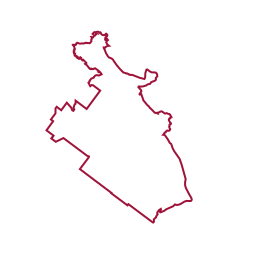 the district of Darwin, Northern Territory, Australia, rotated 127°
{"feature_id": "25037944B80188408210929", "entity_name": "Darwin", "entity_type": "district", "adm_level": 2, "iso_a3": "AUS", "parent_name": "Australia", "parent_adm1": "Northern Territory", "projection": "equal_earth", "projection_center": [130.84, -12.399], "detail": "fine", "context": "isolated", "style": "outline", "palette": "rose", "viewbox_px": 256, "rotation_deg": 127, "n_neighbors": 0, "source": "geoboundaries", "source_scale": "gbopen_adm2", "svg_char_len": 5424}
<svg xmlns="http://www.w3.org/2000/svg" viewBox="0 0 256 256"><g transform="rotate(127 128 128)"><path d="M188.5,51.4L188.2,50.9L187.2,50.9L185.4,52.4L182.4,51.8L181.7,52.3L179.1,52.4L178.4,53.5L177.7,53.8L174.9,53.8L172.9,53.1L173.3,52.6L175.7,52.1L175.9,51.5L175.6,51.1L172.1,49.1L170.0,48.6L163.2,44.8L160.8,44.5L160.5,43.3L159.5,42.1L158.4,41.1L156.6,40.1L152.8,38.6L151.1,37.5L148.7,34.1L148.2,33.8L147.3,33.8L146.7,34.1L145.7,35.4L144.3,38.9L141.0,45.8L139.4,47.9L136.9,49.8L134.1,51.2L125.2,62.8L121.6,68.2L118.8,76.9L117.5,79.8L114.8,83.8L114.7,85.8L113.1,89.4L111.7,93.7L111.6,94.7L112.2,95.8L111.6,95.7L110.6,95.9L109.6,95.9L109.2,95.4L108.9,95.3L108.5,95.6L108.0,95.6L107.7,95.5L107.4,95.3L107.1,95.2L106.7,95.3L106.4,95.1L106.1,94.7L105.7,93.8L105.4,93.5L105.2,93.4L103.9,93.4L103.7,93.6L103.5,93.8L103.4,93.8L103.3,94.1L103.0,94.8L102.3,95.8L102.1,96.0L101.9,96.0L101.6,96.0L101.4,96.2L100.9,96.3L100.4,96.8L100.0,96.6L99.7,96.7L99.4,96.3L99.0,96.2L98.7,96.3L98.7,96.6L98.3,97.0L98.5,97.4L98.4,97.6L98.0,98.2L97.6,99.2L97.1,100.1L96.7,100.3L96.6,100.5L96.4,100.6L96.1,100.5L95.4,100.7L95.1,100.6L94.8,100.0L94.6,100.0L94.3,100.0L93.4,100.5L93.1,100.2L93.0,100.6L92.8,100.7L92.6,101.6L92.0,102.3L92.0,102.8L92.1,103.6L92.5,104.3L92.7,105.6L92.9,106.0L93.1,106.3L93.5,106.5L94.0,106.9L94.3,107.4L94.3,107.8L94.3,109.7L94.4,109.9L94.3,110.6L94.4,111.0L94.5,111.2L95.4,112.0L96.0,112.3L96.4,112.4L96.8,112.7L97.0,112.7L97.6,112.9L97.9,113.3L98.1,113.7L98.4,114.1L98.7,114.2L98.8,113.9L98.9,114.3L99.5,115.4L99.7,115.9L99.3,118.2L99.1,119.3L99.0,120.5L98.7,122.1L98.8,122.7L98.2,124.2L98.2,125.1L98.1,125.7L98.1,126.3L96.7,132.2L93.0,137.7L94.2,138.7L94.0,139.2L90.6,139.4L89.8,140.7L89.4,142.9L89.1,144.3L88.6,144.4L88.1,144.2L87.5,143.0L85.7,141.0L83.3,139.2L81.5,138.6L80.4,137.8L79.4,136.9L77.5,137.1L73.9,134.9L72.6,134.8L71.3,135.9L69.1,135.7L67.7,137.0L67.1,138.3L67.1,139.4L69.3,142.6L69.7,144.6L69.6,147.7L70.3,148.4L73.7,147.2L77.3,144.7L79.0,144.4L80.9,149.0L83.1,156.8L84.3,158.1L84.3,159.0L84.5,159.2L84.7,159.3L84.7,159.6L84.7,160.1L84.8,160.7L84.9,161.4L85.1,161.8L85.4,162.0L85.6,162.3L85.7,163.4L86.0,164.1L86.3,164.5L86.4,164.9L86.3,166.7L86.3,167.0L86.1,167.1L86.1,167.3L86.1,167.5L85.9,168.6L85.9,168.8L85.5,171.2L85.0,172.8L84.9,173.7L84.4,175.5L83.8,177.4L83.5,178.1L83.5,178.5L83.1,179.6L82.5,181.0L82.4,181.5L82.4,182.6L82.5,183.7L83.1,185.5L82.9,187.0L82.1,189.0L81.6,190.3L79.5,193.8L78.7,195.4L78.6,195.5L78.3,195.8L78.0,195.2L77.5,194.6L76.8,194.7L76.3,194.5L76.0,194.3L75.2,193.9L74.8,193.8L73.8,192.7L73.8,192.8L74.0,193.1L73.8,193.5L73.7,194.9L73.4,195.4L73.4,195.8L73.1,196.1L72.6,197.0L72.3,197.0L71.8,197.2L71.5,197.2L71.0,197.3L70.3,197.3L70.1,197.3L70.0,196.9L69.9,196.9L69.9,197.4L69.7,197.7L69.5,197.9L69.4,198.4L69.3,198.8L69.6,198.8L69.7,198.2L70.0,197.7L71.1,197.6L71.2,197.9L71.2,198.6L71.3,199.0L71.2,199.1L71.2,199.4L71.1,199.5L70.9,199.7L69.4,200.5L68.8,200.5L67.8,200.3L67.3,200.0L66.9,200.0L66.6,200.1L66.1,200.6L66.1,200.8L65.8,201.6L65.8,202.2L66.0,202.3L66.8,202.4L67.5,202.3L68.6,203.5L69.0,204.2L69.1,204.8L69.0,205.7L68.9,206.4L68.8,206.7L68.3,207.1L68.2,207.6L68.3,207.9L68.7,208.3L69.3,208.4L69.0,209.0L69.0,209.5L69.2,209.9L69.4,210.2L70.5,211.2L71.2,211.6L71.4,212.2L71.8,212.6L72.6,212.8L74.1,212.9L74.1,212.6L73.2,212.7L72.4,212.6L72.0,212.4L71.7,212.3L71.5,211.9L71.4,211.7L71.5,210.3L71.6,210.5L71.7,210.3L72.2,210.2L72.4,209.9L72.7,209.9L72.8,209.9L73.0,210.2L73.6,210.2L73.8,210.0L74.0,210.0L74.6,210.8L74.7,210.6L75.7,210.6L76.4,210.4L76.8,210.5L77.1,210.6L77.4,210.9L77.3,211.2L77.4,211.3L77.2,212.0L77.3,212.1L77.5,211.4L77.6,211.1L77.9,211.1L79.3,210.3L79.8,210.4L80.9,209.4L81.8,209.4L82.2,209.5L82.6,209.4L82.8,209.6L83.4,209.7L83.5,209.8L84.6,211.8L84.9,211.9L85.0,212.1L85.2,212.4L85.3,213.0L85.5,213.3L86.2,213.5L86.6,213.9L87.1,214.2L87.3,214.5L87.6,214.7L87.8,215.2L88.5,216.1L89.5,217.0L90.0,218.1L90.3,219.5L90.5,219.9L90.7,220.0L91.3,220.1L91.6,220.0L92.4,220.1L92.7,219.7L93.1,219.8L93.5,220.1L93.7,220.4L94.5,222.0L94.9,222.1L95.1,221.4L95.2,220.5L95.1,220.3L95.5,219.9L96.7,218.2L96.9,218.4L97.2,218.2L97.3,218.3L98.6,217.4L98.8,217.9L99.0,217.8L99.6,217.4L99.9,216.9L100.2,216.9L100.9,216.0L100.4,215.1L101.8,214.6L101.8,214.1L102.2,214.0L102.1,212.6L101.6,212.7L101.5,211.8L102.0,211.7L101.8,210.9L102.5,210.9L102.3,209.0L102.0,209.0L102.0,208.7L100.2,208.7L100.2,208.1L100.3,207.5L101.0,207.6L101.4,205.1L100.5,204.9L101.1,200.4L101.4,200.3L102.6,200.8L102.6,198.7L103.7,194.3L102.9,193.6L103.5,194.0L103.5,193.8L103.4,193.3L103.2,193.3L102.7,193.0L102.8,192.4L102.1,191.8L102.1,191.5L101.7,191.1L101.1,190.9L100.9,190.6L100.3,190.4L100.1,190.2L100.0,186.6L100.1,185.2L100.2,184.9L100.7,184.9L101.0,185.1L101.0,184.9L100.9,184.9L100.2,184.9L100.1,184.7L100.5,182.7L101.0,181.4L103.6,182.8L104.0,183.8L105.0,185.2L106.3,185.8L107.7,185.9L108.3,185.6L110.8,187.1L112.2,187.0L112.3,187.1L113.5,187.1L114.0,186.6L115.7,186.8L117.3,183.3L115.6,182.9L114.9,181.6L114.9,172.7L137.7,172.5L137.7,186.3L140.2,184.5L141.4,184.8L144.6,183.7L145.6,182.0L147.2,182.0L147.4,183.1L145.9,185.7L144.6,192.1L154.0,192.0L154.0,197.7L155.9,197.7L160.0,194.7L167.6,194.7L167.6,191.9L178.9,191.7L178.9,182.8L181.2,182.7L181.2,183.0L182.5,183.0L182.5,177.4L174.9,173.5L174.8,144.1L174.6,143.1L174.2,142.1L174.9,141.7L189.8,141.7L189.8,121.7L189.8,102.0L190.2,102.0L190.1,81.9L188.6,81.9L188.5,51.4Z" fill="none" stroke="#9f1239" stroke-width="2"/></g></svg>